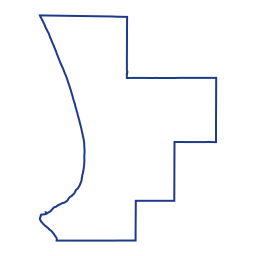 outline of Kingston (SA), South Australia, Australia
{"feature_id": "25037944B29779306176871", "entity_name": "Kingston (SA)", "entity_type": "district", "adm_level": 2, "iso_a3": "AUS", "parent_name": "Australia", "parent_adm1": "South Australia", "projection": "natural_earth1", "projection_center": [139.822, -36.641], "detail": "fine", "context": "isolated", "style": "outline", "palette": "blue", "viewbox_px": 256, "rotation_deg": 0, "n_neighbors": 0, "source": "geoboundaries", "source_scale": "gbopen_adm2", "svg_char_len": 5094}
<svg xmlns="http://www.w3.org/2000/svg" viewBox="0 0 256 256"><path d="M39.9,15.4L40.0,15.8L40.1,16.0L40.2,16.3L40.3,16.5L40.5,16.7L41.0,17.5L41.1,17.8L41.4,18.5L41.6,18.9L41.8,19.2L42.0,19.6L42.3,20.2L42.4,20.4L42.5,20.5L43.0,21.4L43.7,23.1L43.8,23.4L44.2,24.0L44.5,24.5L44.6,24.9L44.6,25.1L45.1,26.1L45.2,26.5L45.4,27.0L45.6,27.5L45.9,27.9L45.9,28.1L46.2,28.6L46.5,29.2L46.8,29.6L47.0,30.1L47.3,30.9L47.7,31.6L48.5,32.9L48.8,33.7L49.0,34.3L49.3,34.9L49.5,35.5L49.6,35.8L49.6,36.0L50.1,37.2L50.3,38.0L50.7,38.7L50.9,38.9L51.3,39.8L51.3,40.0L51.5,40.4L51.7,41.1L52.0,41.8L52.2,42.3L52.4,42.7L52.6,43.1L53.0,44.0L53.2,44.4L53.4,45.0L53.7,45.6L53.8,46.0L54.0,46.5L54.2,47.1L54.7,48.1L54.8,48.6L55.0,48.9L55.1,49.2L55.5,50.0L55.6,50.4L55.7,50.6L55.8,50.7L55.9,51.1L56.1,51.5L56.4,52.6L56.5,53.0L56.7,53.5L57.2,54.8L57.4,55.1L57.6,55.7L57.8,56.1L57.9,56.3L57.9,56.5L58.0,56.8L58.2,57.3L58.3,57.7L58.4,57.9L58.5,58.1L58.6,58.3L58.8,58.6L58.9,59.0L59.1,59.5L59.2,59.8L59.4,60.4L59.8,61.2L60.0,61.9L60.4,62.7L60.7,63.6L61.1,64.4L61.5,65.2L61.6,65.6L61.8,65.9L61.9,66.3L62.4,67.2L62.6,67.7L62.9,68.2L63.3,69.2L64.0,71.1L64.3,71.9L64.5,72.4L64.8,73.2L64.8,73.5L65.5,74.7L65.9,75.7L66.3,76.8L67.0,78.6L67.2,79.5L67.5,80.1L67.6,80.7L68.1,82.0L68.2,82.5L68.7,83.8L68.9,84.6L69.1,85.1L69.8,87.1L69.9,87.3L70.0,87.6L70.1,87.9L70.2,88.5L70.4,88.9L70.8,90.3L71.0,90.9L71.9,94.2L72.5,95.9L72.6,96.5L72.9,97.8L73.4,99.6L73.7,100.3L74.4,102.7L74.6,103.4L74.8,103.9L75.0,104.5L75.1,104.9L75.2,105.5L75.4,106.5L75.6,107.1L75.8,107.8L75.9,108.2L76.1,108.7L76.3,109.2L76.4,109.9L76.6,110.8L77.0,111.9L77.2,112.7L77.5,113.5L77.7,114.8L77.7,115.1L77.9,115.6L78.2,116.4L78.4,117.1L78.5,117.9L78.6,118.2L78.7,118.4L78.9,118.9L79.0,119.4L79.3,120.4L79.3,120.7L79.5,121.1L79.6,122.0L79.9,122.9L80.1,123.7L80.2,124.2L80.4,124.7L80.9,127.0L81.4,128.8L82.2,132.8L82.5,133.9L83.0,136.5L83.2,137.2L83.5,138.8L83.8,140.3L84.0,141.3L84.1,142.4L84.2,143.5L84.3,146.2L84.5,149.3L84.6,150.3L84.5,153.0L84.5,153.6L84.4,154.6L84.3,155.5L84.3,157.9L84.4,159.8L84.4,160.5L84.3,162.3L84.2,164.6L84.0,166.0L83.8,167.7L83.6,168.9L83.3,171.0L83.2,171.2L83.3,171.3L83.1,172.2L83.0,172.7L82.9,173.2L82.5,174.2L82.3,175.1L82.3,176.1L82.0,177.1L82.0,177.5L81.8,178.1L81.7,178.4L81.8,179.0L81.7,179.2L81.7,179.5L81.5,180.5L81.4,180.9L81.3,181.2L81.3,181.4L81.1,181.6L80.7,182.8L80.6,183.1L80.4,183.3L80.3,183.5L80.2,184.2L80.0,184.4L79.8,185.1L79.5,185.6L79.4,185.8L79.1,186.2L79.0,186.5L78.8,186.7L78.5,187.2L78.3,187.8L78.1,188.1L77.7,188.5L77.4,188.9L77.2,189.0L76.4,189.6L75.8,190.3L75.7,190.4L75.4,191.3L75.0,191.9L74.7,192.5L74.5,193.0L74.2,193.4L74.0,193.6L73.7,194.0L73.3,194.4L73.0,194.6L72.6,194.9L72.0,195.5L71.8,195.9L71.2,196.3L70.7,196.4L70.3,196.6L70.0,196.9L69.8,197.0L69.1,197.9L68.6,198.6L68.4,198.9L68.1,199.5L67.8,199.9L67.4,200.6L67.0,200.9L66.3,201.4L65.9,201.6L65.4,202.0L65.0,202.3L63.9,202.8L63.4,202.9L63.0,203.0L62.6,203.1L62.4,203.1L62.2,203.2L61.8,203.4L61.0,203.8L60.5,204.1L60.2,204.2L59.9,204.4L59.6,204.5L59.3,204.7L59.1,204.7L58.8,204.9L58.6,205.0L58.0,205.1L57.9,205.2L57.5,205.5L57.2,205.8L56.8,206.1L56.6,206.3L56.2,206.6L55.9,206.8L55.7,206.9L55.2,207.0L54.5,207.1L54.2,207.3L53.8,207.6L53.6,207.8L53.4,207.9L53.0,208.4L52.8,208.7L52.5,208.9L52.2,209.3L51.8,209.8L51.5,210.2L51.3,210.4L51.1,210.6L50.8,211.0L50.1,211.5L49.8,211.6L49.6,211.8L49.0,212.1L48.5,212.4L46.7,213.6L46.0,212.3L45.8,212.3L46.2,213.3L46.0,213.5L45.9,213.6L45.9,213.8L45.9,214.0L45.7,214.1L44.7,214.4L43.8,214.3L43.1,214.4L42.5,214.6L42.2,214.7L41.8,214.7L41.6,214.7L41.3,214.5L41.2,214.5L40.9,214.9L40.8,215.3L40.7,215.6L40.7,216.0L40.7,216.5L40.5,217.0L40.4,217.3L40.1,217.5L40.0,217.9L40.0,218.5L39.9,218.8L39.8,219.1L39.8,219.3L40.2,219.8L40.3,219.9L40.5,220.2L40.7,220.5L40.8,221.0L41.1,221.4L41.2,221.7L41.4,221.9L41.9,222.3L42.2,222.7L42.6,223.1L42.8,223.5L43.0,223.7L43.2,223.9L43.5,224.2L44.2,224.9L44.7,225.4L45.2,225.9L45.6,226.2L45.9,226.3L46.1,226.4L46.4,226.7L46.6,226.9L46.8,227.1L47.1,227.4L47.2,227.5L47.5,227.7L48.1,228.0L48.5,228.6L48.7,228.9L48.8,229.0L49.1,229.1L49.5,229.6L49.9,229.9L50.4,230.2L50.9,230.6L51.1,230.7L51.5,231.1L51.8,231.4L52.1,231.9L52.3,232.1L52.7,232.5L52.9,232.8L53.1,233.0L53.3,233.3L53.8,233.9L54.0,234.1L54.1,234.5L54.4,234.9L54.6,235.3L54.9,235.6L55.2,235.9L55.7,236.8L56.0,237.1L56.1,237.3L56.6,238.1L56.7,238.8L56.8,239.3L56.8,239.8L56.6,240.4L56.6,240.6L76.9,240.6L93.7,240.6L107.0,240.6L135.6,240.5L135.6,231.6L135.8,200.8L174.3,200.8L174.3,196.8L174.2,195.3L174.3,195.2L174.5,142.0L203.5,142.1L207.9,142.0L208.5,142.0L213.8,142.1L215.1,142.1L215.6,142.1L216.0,142.1L216.0,137.2L216.0,122.7L216.1,105.4L216.1,99.7L216.2,77.9L202.8,77.9L201.2,77.9L178.2,77.9L174.7,78.0L155.9,78.0L155.8,77.9L154.4,77.9L154.1,78.0L135.9,77.9L126.9,78.0L126.9,77.9L126.8,76.4L126.9,76.1L126.9,75.8L126.8,74.8L127.0,74.5L127.0,74.3L126.9,74.1L126.8,73.6L127.2,72.9L127.1,72.5L127.2,72.4L127.4,72.1L127.4,71.9L127.1,71.6L127.1,71.3L127.2,71.1L127.2,70.9L126.9,70.6L126.9,57.6L127.0,33.3L127.0,32.2L127.0,29.2L127.1,16.9L116.2,16.7L112.5,16.5L39.9,15.4Z" fill="none" stroke="#1e3a8a" stroke-width="2"/></svg>